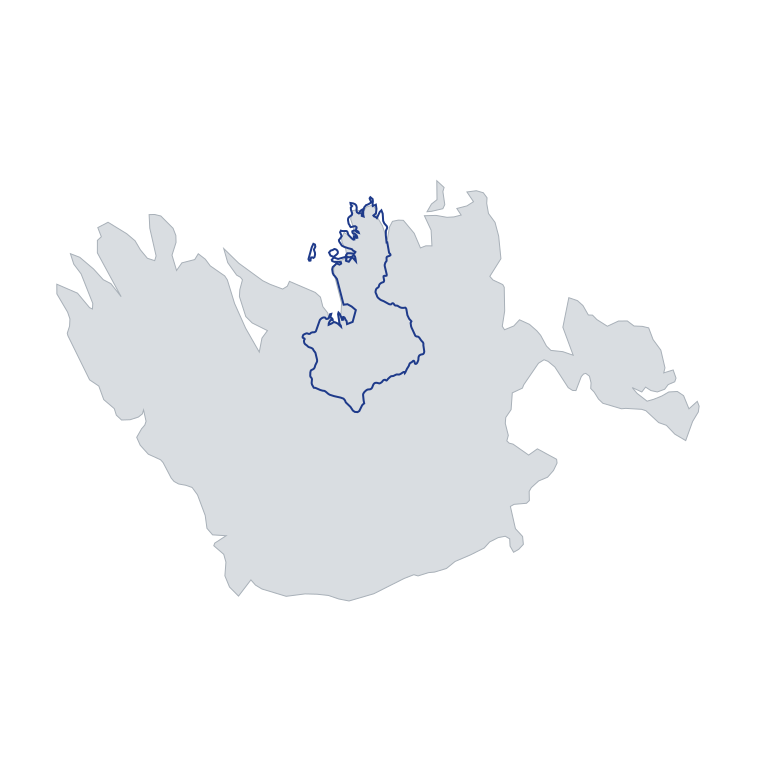 Ireland, with Galway highlighted, rotated 80°
{"feature_id": "IRL-713", "entity_name": "Galway", "entity_type": "County", "adm_level": 1, "iso_a3": "IRL", "parent_name": "Ireland", "parent_adm1": "", "projection": "albers", "projection_center": [-9.136, 53.343], "detail": "fine", "context": "in_parent", "style": "outline", "palette": "blue", "viewbox_px": 768, "rotation_deg": 80, "n_neighbors": 0, "source": "natural_earth", "source_scale": "10m", "svg_char_len": 9819}
<svg xmlns="http://www.w3.org/2000/svg" viewBox="0 0 768 768"><g transform="rotate(80 384 384)"><path d="M469.7,120.2L455.8,130.7L453.7,134.6L450.0,150.1L449.6,154.5L441.0,171.8L436.0,175.4L428.5,178.4L424.3,181.2L418.8,179.9L412.0,180.3L408.6,183.4L408.8,185.7L410.9,188.4L423.8,196.1L423.1,199.4L419.6,203.2L396.9,212.8L390.2,218.5L387.9,222.2L390.4,228.3L409.0,246.5L412.1,248.4L415.0,259.2L431.3,263.3L438.1,269.9L443.8,271.4L456.2,270.5L461.3,272.9L464.0,271.0L465.6,267.4L479.1,253.9L474.5,244.2L488.1,227.1L491.9,227.3L498.6,232.1L504.2,239.1L506.3,248.5L511.6,256.9L515.0,259.7L524.0,261.1L526.2,264.4L525.1,276.8L526.5,280.8L549.3,279.7L558.2,274.0L566.1,274.6L570.2,280.0L572.2,285.6L565.5,288.0L558.3,287.1L555.0,291.0L555.1,298.2L557.9,307.4L562.9,313.8L567.3,328.5L571.1,344.8L576.5,354.5L578.0,366.8L577.5,372.9L578.9,383.8L577.0,387.7L579.0,397.9L588.8,430.5L591.6,456.1L587.8,466.0L582.6,475.4L579.4,486.4L577.0,498.2L576.1,517.2L564.7,539.8L559.7,545.5L553.8,549.1L567.6,564.1L557.1,571.4L545.3,574.0L532.0,570.6L523.9,571.4L513.7,579.7L511.3,578.3L506.0,565.8L502.8,579.0L495.4,583.4L482.4,582.9L460.8,586.9L452.6,590.9L449.3,596.8L446.8,603.6L443.5,607.7L439.7,609.9L423.0,615.2L419.8,617.2L412.2,628.3L402.0,634.7L393.6,636.8L386.0,630.5L382.9,626.7L379.4,624.8L367.8,625.3L371.5,627.2L373.9,631.6L375.1,640.2L373.9,648.7L368.2,653.0L361.4,653.9L350.7,662.7L336.5,665.2L328.8,673.2L281.6,686.9L279.0,687.1L272.4,683.6L265.4,682.0L258.3,683.1L238.5,690.5L228.9,688.9L241.3,670.1L257.7,660.7L259.5,658.1L254.1,656.8L222.9,663.2L212.1,668.7L201.2,670.2L206.4,661.6L220.4,650.0L232.5,642.4L237.8,635.5L252.4,627.7L205.1,643.5L192.8,641.3L189.9,636.8L180.3,638.7L176.8,627.7L191.3,611.3L199.7,604.3L209.6,600.6L219.1,595.2L222.7,588.4L218.3,586.2L189.9,587.6L176.4,585.9L177.2,580.5L179.8,574.6L194.0,564.7L201.6,563.2L208.4,564.2L220.3,570.4L236.2,568.6L229.6,562.0L228.6,548.8L223.5,544.3L230.1,538.3L237.5,534.6L249.9,522.1L254.3,520.2L278.7,517.2L305.0,510.6L330.9,501.3L317.6,496.2L311.2,489.5L301.0,503.2L293.6,508.4L272.7,511.2L266.1,509.6L256.8,505.3L253.9,506.9L251.2,510.2L237.4,516.8L222.8,518.3L239.8,506.1L261.3,485.4L266.1,478.8L272.9,467.3L270.9,462.2L266.5,459.3L281.9,435.8L287.4,431.5L297.2,430.8L304.4,427.0L307.6,427.0L310.4,425.6L316.7,418.5L307.0,414.1L296.9,411.7L265.9,414.1L261.8,413.6L258.0,411.4L255.5,408.2L253.6,400.2L251.4,398.4L244.4,398.3L237.5,400.7L232.7,400.5L228.0,396.9L235.6,388.8L225.9,386.7L216.1,388.2L207.9,385.7L207.7,380.5L211.5,375.4L206.7,370.5L205.8,364.3L211.0,361.3L216.6,362.4L228.1,358.0L242.9,355.9L230.3,351.3L225.3,347.4L225.1,341.5L226.2,336.5L240.8,328.1L256.3,324.5L255.2,318.8L256.3,312.8L240.7,310.9L225.3,315.0L227.0,303.5L230.8,293.0L231.6,286.1L231.0,278.7L223.8,281.8L223.0,271.4L220.0,264.2L209.3,269.0L209.7,259.5L212.9,253.0L218.5,250.2L224.0,251.5L234.2,251.5L244.1,246.6L258.3,245.4L280.9,247.1L296.4,261.1L300.5,258.6L306.7,249.8L309.6,248.8L333.1,252.5L347.7,257.5L351.5,255.9L349.4,246.1L344.3,239.4L350.5,230.4L358.1,224.3L363.2,221.3L374.9,217.4L379.9,213.8L383.2,202.3L388.5,192.7L359.2,198.0L331.1,187.0L335.5,179.0L341.4,174.4L351.5,170.8L352.4,166.7L357.5,163.2L365.9,154.0L362.7,142.1L364.2,133.4L370.3,127.7L372.1,119.6L374.7,113.6L387.0,111.3L398.7,105.5L416.9,104.5L421.6,106.6L420.4,96.8L428.9,95.4L432.3,97.3L433.9,104.2L437.9,108.5L439.3,116.2L436.8,122.3L432.5,126.9L436.6,131.5L430.6,140.2L437.2,136.4L446.6,127.9L445.9,121.1L444.1,112.6L441.3,104.9L442.3,96.4L447.5,91.0L461.4,88.0L455.5,78.5L460.5,77.5L466.1,79.3L474.5,86.6L492.1,96.7L483.9,106.3L473.7,113.1L469.7,120.2ZM222.2,307.2L221.8,311.7L215.0,306.0L211.7,299.8L193.0,296.7L200.9,290.7L204.7,292.6L217.9,293.0L221.6,295.6L222.2,307.2Z" fill="#d9dde1" stroke="#a8b0b8" stroke-width="1"/><path d="M309.8,428.0L309.8,427.2L305.9,425.0L305.8,423.8L308.0,424.8L309.2,425.0L310.3,423.8L311.4,423.3L312.1,423.5L311.6,425.0L312.6,426.3L313.6,427.2L314.8,427.9L316.1,428.2L315.3,425.0L314.8,423.8L314.2,422.8L315.4,420.4L316.9,418.7L320.0,416.4L319.0,416.4L317.3,417.2L316.5,417.3L307.2,417.1L305.8,416.4L307.5,415.3L311.8,414.3L313.6,414.1L313.6,413.1L311.0,413.1L311.0,412.1L311.8,411.3L314.3,410.6L315.5,409.9L318.6,410.0L317.4,404.1L306.3,398.9L302.1,402.4L299.1,406.1L298.9,410.0L272.4,412.1L269.4,413.6L268.0,414.6L265.9,415.2L262.0,415.1L260.0,414.2L259.0,412.7L258.1,411.2L256.9,409.9L258.7,407.1L258.0,405.3L256.5,405.3L255.6,408.2L255.1,411.6L254.0,413.6L252.6,413.9L251.1,411.9L251.1,410.8L252.9,407.5L252.2,400.4L254.1,399.1L255.3,399.9L256.0,400.1L256.3,399.8L257.0,398.3L257.3,397.9L257.5,397.4L253.7,393.6L254.8,392.5L258.3,390.4L254.9,390.3L253.3,390.5L251.8,391.5L253.1,393.4L253.2,396.1L252.4,398.4L250.6,399.1L248.9,397.3L249.4,394.4L250.3,391.6L250.3,390.4L249.7,390.1L249.4,389.5L249.0,389.2L248.4,389.8L247.1,391.5L245.9,392.0L245.2,393.1L244.1,395.6L241.9,399.6L240.4,401.5L235.9,403.4L234.4,403.4L232.8,401.6L231.0,400.0L226.9,400.9L225.5,399.8L225.9,399.2L226.4,397.2L226.6,395.5L226.9,394.3L227.6,393.7L228.4,393.5L229.7,393.4L231.2,393.0L235.1,390.4L236.5,389.1L236.5,388.1L233.3,388.1L233.3,386.9L235.3,386.0L235.3,384.9L233.9,384.9L232.8,385.3L230.7,386.9L230.8,388.0L229.5,388.8L228.1,388.7L227.6,386.9L228.1,385.5L229.9,384.2L230.8,382.6L229.6,382.8L228.8,383.6L228.2,384.4L227.3,384.8L226.4,384.5L225.6,383.9L224.8,383.8L223.7,384.8L223.4,386.3L223.7,388.1L223.7,389.6L222.7,390.1L221.6,390.3L220.0,391.0L216.3,391.0L215.1,390.7L214.0,390.0L213.1,388.7L212.5,387.3L211.8,386.2L210.5,385.7L206.8,386.3L204.5,386.1L203.2,384.5L202.4,385.2L201.7,385.6L199.9,385.6L200.8,383.0L201.8,381.4L203.2,380.4L205.2,380.2L208.7,381.0L210.2,380.8L211.6,379.3L211.6,378.1L210.5,378.0L209.6,377.4L208.9,376.3L208.4,374.9L210.5,375.3L212.8,376.3L214.6,376.7L215.5,375.0L213.6,375.1L210.1,374.4L206.6,372.8L204.7,370.5L204.6,369.5L204.1,367.7L203.3,365.8L202.5,365.0L199.7,365.8L198.6,365.9L197.7,365.0L199.9,363.1L202.1,363.2L204.3,363.9L206.7,364.1L206.5,363.4L206.2,361.6L206.0,360.9L210.2,361.0L214.3,362.2L214.9,362.8L216.2,365.2L217.1,364.8L218.4,362.9L219.4,362.2L213.8,358.3L212.5,356.4L216.0,355.7L223.3,356.5L225.9,355.8L229.2,353.8L230.4,353.7L231.4,354.1L233.3,355.5L237.8,356.4L245.1,356.9L245.1,356.2L255.3,356.2L256.1,356.0L256.9,355.4L257.5,355.2L258.1,355.2L258.6,355.9L258.8,356.6L259.1,358.6L259.3,359.0L259.7,359.4L260.2,359.6L262.8,360.0L263.2,360.1L263.7,360.6L264.7,361.6L266.7,362.6L267.8,362.8L276.7,362.3L277.7,362.6L277.8,363.1L277.8,363.7L277.5,364.8L277.6,365.3L277.8,365.7L278.6,365.9L282.1,365.9L283.0,366.3L283.5,366.8L283.8,368.5L284.0,369.2L284.4,370.1L285.0,371.0L285.8,371.6L287.2,372.2L287.6,372.6L288.0,373.2L288.6,374.6L289.3,375.3L290.2,375.8L291.9,376.4L292.5,376.4L295.5,375.7L296.3,375.6L297.0,375.4L297.9,375.0L300.1,373.2L300.9,372.3L302.4,369.9L306.2,365.2L306.7,364.1L306.8,363.2L306.2,362.3L306.0,361.9L306.0,361.3L306.3,360.8L306.9,360.4L307.9,360.0L308.5,359.5L308.9,358.6L309.0,357.8L309.3,357.1L311.1,355.1L311.6,354.3L312.0,353.5L312.4,351.8L312.5,349.8L313.1,349.3L314.1,349.0L320.3,349.0L324.2,347.9L327.0,346.1L328.5,347.2L332.0,347.3L334.1,346.9L334.6,346.7L341.9,344.8L342.6,344.1L342.9,343.6L343.2,342.4L343.7,341.8L344.5,341.2L347.6,339.8L349.8,338.4L350.6,338.2L351.3,338.2L352.5,338.5L358.8,338.7L359.3,338.8L360.0,339.1L360.8,339.6L361.2,340.1L361.4,340.7L361.4,342.2L361.6,343.2L362.0,344.2L362.8,344.9L363.8,345.4L366.3,346.0L367.0,346.4L368.7,347.5L369.2,348.0L369.5,348.4L369.7,348.9L369.7,349.4L369.5,349.8L369.0,350.0L367.1,350.2L366.6,350.4L366.3,350.7L366.3,351.3L367.2,352.7L367.5,353.3L367.6,353.9L367.9,354.6L368.5,355.3L370.7,356.6L373.0,358.7L376.4,361.1L376.9,361.6L376.1,361.7L375.7,362.0L375.6,362.5L375.7,363.0L377.0,366.0L377.3,367.2L377.3,367.7L376.9,369.3L376.8,369.9L376.9,370.6L377.4,372.3L377.7,373.3L377.7,373.9L377.6,375.1L377.6,375.7L378.2,376.9L379.6,379.1L380.6,380.2L380.9,380.6L381.0,381.0L380.8,381.4L380.1,382.1L380.0,382.6L380.0,383.4L380.3,384.2L381.8,385.9L382.1,386.6L382.5,387.6L382.6,388.1L382.6,388.6L381.9,390.1L381.5,391.1L381.4,391.8L381.4,392.6L381.8,393.6L382.4,394.3L383.3,395.0L385.0,396.0L385.9,396.7L386.4,397.3L386.7,398.2L386.8,398.7L386.6,400.9L386.8,401.8L387.3,402.9L388.5,404.7L389.3,405.5L390.0,406.1L391.0,406.5L396.4,406.9L399.7,406.9L399.9,407.5L401.1,409.2L406.3,413.0L407.1,414.9L406.4,417.6L404.7,419.3L400.7,421.0L395.5,424.8L393.3,425.3L391.4,426.4L389.9,429.0L387.3,435.2L385.8,438.1L385.1,439.4L384.1,440.5L381.6,442.6L380.7,443.5L380.3,444.2L380.0,445.4L378.9,447.7L375.9,452.2L375.5,453.8L372.1,455.0L370.5,455.1L366.8,454.1L365.9,454.2L365.0,454.6L364.0,455.2L363.0,455.2L359.7,454.5L358.0,453.7L357.6,452.8L357.3,451.7L356.8,450.5L355.8,449.5L353.6,448.4L350.4,446.1L349.4,445.8L348.3,445.7L341.6,446.1L340.5,446.5L338.9,447.4L337.3,447.9L336.8,448.2L336.1,449.0L335.5,449.9L335.0,450.9L334.5,451.8L334.1,452.2L332.5,453.4L331.2,454.7L330.0,455.3L329.1,455.4L328.0,455.4L327.3,455.2L326.6,454.8L326.0,454.3L325.5,454.4L325.1,454.8L324.8,455.4L324.2,456.0L323.7,456.0L323.2,455.9L321.8,455.1L321.5,454.7L321.1,453.6L320.7,451.9L320.7,451.1L320.9,450.7L321.6,449.4L321.7,448.9L321.7,448.4L321.5,447.9L320.9,447.0L320.8,446.4L320.7,445.8L320.7,445.2L320.9,444.0L320.9,443.4L320.7,442.8L320.5,442.3L320.2,441.9L309.9,436.1L309.3,435.4L309.0,435.0L308.5,434.1L308.1,433.0L308.0,432.4L308.0,431.8L308.1,431.2L308.3,430.7L308.5,430.3L309.6,429.8L309.9,429.5L310.0,429.1L310.0,428.2L309.8,428.0ZM249.0,434.9L249.3,434.8L249.7,435.0L249.6,436.2L247.9,436.7L236.8,431.4L233.7,429.2L234.7,427.8L236.9,427.8L239.3,429.6L240.4,429.6L242.7,429.2L244.5,429.4L246.9,430.4L247.6,431.6L246.8,432.7L246.8,433.8L249.0,434.9ZM247.9,407.6L250.1,411.5L248.2,414.4L245.0,415.3L243.4,413.4L243.1,411.1L242.6,410.0L242.5,409.1L243.4,407.6L244.5,406.8L245.8,406.5L247.1,406.8L247.9,407.6Z" fill="none" stroke="#1e3a8a" stroke-width="2"/></g></svg>